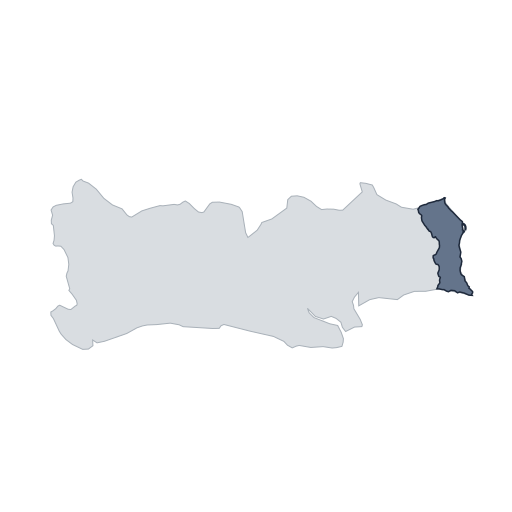 Portugal, with Faro highlighted, rotated 261°
{"feature_id": "PRT-745", "entity_name": "Faro", "entity_type": "District", "adm_level": 1, "iso_a3": "PRT", "parent_name": "Portugal", "parent_adm1": "", "projection": "mercator", "projection_center": [-8.165, 37.247], "detail": "fine", "context": "in_parent", "style": "filled", "palette": "slate", "viewbox_px": 512, "rotation_deg": 261, "n_neighbors": 0, "source": "natural_earth", "source_scale": "10m", "svg_char_len": 4713}
<svg xmlns="http://www.w3.org/2000/svg" viewBox="0 0 512 512"><g transform="rotate(261 256 256)"><path d="M197.3,60.9L203.2,55.2L209.1,51.4L212.3,50.0L225.9,46.1L229.5,44.2L232.8,44.6L233.4,46.4L235.3,50.0L237.5,52.5L238.1,54.4L232.8,62.1L232.1,64.8L234.9,69.7L235.3,71.2L236.7,71.9L240.3,71.7L246.9,68.5L251.3,65.8L252.8,66.9L265.7,65.4L268.7,66.6L270.7,68.0L277.0,69.8L283.9,70.0L292.4,67.4L296.2,64.8L296.9,61.9L297.1,59.7L298.2,58.3L300.1,57.5L303.1,59.0L307.5,60.1L317.9,60.6L319.9,59.0L323.4,59.4L328.1,61.5L333.5,60.8L336.2,63.3L337.3,66.6L337.6,73.8L337.2,81.0L338.3,83.6L341.9,84.3L347.8,84.3L353.0,86.2L357.1,89.6L358.5,93.1L359.1,95.5L357.1,96.9L354.2,102.0L347.0,108.7L336.8,114.7L328.9,122.2L323.5,131.1L316.8,134.9L314.7,137.0L313.9,139.4L318.4,150.3L319.7,158.7L320.8,169.0L320.1,171.9L319.8,183.2L318.7,186.5L319.0,189.2L320.6,192.1L321.4,194.8L318.3,198.3L312.6,202.4L308.5,206.0L307.3,209.3L307.6,211.4L314.7,218.5L315.9,221.3L315.0,228.3L310.9,239.7L307.1,246.7L306.4,247.3L302.0,249.3L280.7,249.4L275.6,250.9L276.3,252.3L281.3,261.2L286.5,265.9L288.2,267.0L290.1,277.4L298.5,293.9L306.7,296.2L309.5,300.3L309.0,306.1L306.5,312.5L301.5,318.9L295.5,323.5L291.6,328.0L291.3,333.3L290.1,340.0L288.2,345.2L287.7,348.8L302.7,371.0L311.0,369.9L312.1,370.5L310.6,375.8L307.9,382.0L304.8,383.1L297.7,385.0L290.9,393.0L285.5,402.6L281.4,407.3L277.6,418.6L278.1,423.6L279.9,431.2L283.8,450.9L278.2,451.8L256.8,464.6L250.1,464.6L237.7,459.0L215.7,457.2L208.6,455.5L199.7,459.2L192.8,459.1L187.3,463.8L183.3,462.5L187.8,451.9L194.9,430.9L194.6,418.1L196.3,406.9L194.4,395.8L190.8,388.8L195.7,370.8L195.1,361.5L190.7,349.7L204.1,351.5L200.0,346.8L195.9,343.9L191.9,344.6L188.6,344.4L177.1,349.0L171.4,350.3L169.7,349.5L170.4,342.2L167.4,332.7L172.0,330.2L177.3,329.5L181.8,325.4L184.6,320.9L183.2,312.8L187.1,305.1L196.3,298.6L191.6,299.6L186.1,303.6L177.5,318.3L174.6,325.8L167.3,328.2L160.7,329.4L157.3,328.6L153.3,326.7L152.9,321.2L153.2,316.8L156.0,308.1L157.1,295.8L160.9,284.7L160.7,281.8L159.6,277.4L163.0,273.1L167.3,270.2L173.8,260.7L182.9,237.9L193.4,213.6L192.6,210.6L190.3,208.3L191.2,201.8L197.6,173.0L200.1,169.3L203.1,160.8L203.8,147.1L204.9,137.7L204.7,132.9L203.7,127.2L199.7,116.3L195.5,93.1L195.1,85.4L198.6,81.5L192.9,80.9L190.3,75.9L190.9,70.2L197.3,60.9Z" fill="#d9dde1" stroke="#a8b0b8" stroke-width="1"/><path d="M276.9,423.2L277.4,424.0L277.9,424.5L279.0,425.4L279.4,425.9L279.8,427.4L280.2,429.3L280.4,431.1L280.2,432.0L281.3,434.4L281.8,440.7L282.4,443.3L282.0,444.5L282.3,446.3L283.2,449.8L283.4,450.2L283.6,450.5L283.7,450.8L284.1,450.9L284.1,451.4L283.7,452.0L282.6,451.2L281.3,450.9L279.8,450.8L278.5,450.9L277.1,451.5L274.5,453.3L273.5,453.6L269.8,456.1L269.3,456.7L259.8,463.3L257.7,465.2L256.8,465.2L255.8,464.7L254.4,464.4L250.6,464.4L249.5,464.0L248.9,464.9L248.3,464.8L247.5,464.3L246.8,464.0L247.5,464.9L247.7,465.4L247.8,466.1L246.3,464.0L244.1,462.1L239.6,459.6L237.0,459.0L235.0,458.1L232.9,458.2L227.8,458.9L225.6,458.2L223.2,457.3L221.4,458.2L218.6,458.5L215.9,457.5L215.7,457.6L212.4,455.8L209.7,455.3L206.7,455.5L205.8,455.8L205.0,456.3L203.0,458.5L199.1,458.5L198.4,458.7L196.7,459.8L195.9,460.1L194.9,460.2L193.5,460.6L192.1,461.8L190.8,461.3L189.7,462.5L189.2,462.9L188.5,463.1L187.3,464.2L186.6,464.4L185.6,464.1L185.0,463.4L184.3,463.0L183.3,463.4L183.8,461.2L184.1,460.1L184.4,459.6L186.9,455.7L187.8,453.5L188.6,451.6L188.1,449.3L189.2,448.2L190.7,446.7L191.6,443.2L191.1,441.8L190.6,440.5L191.6,438.5L193.4,436.5L193.7,434.6L194.8,432.0L195.3,429.5L196.1,430.0L197.3,430.8L198.3,431.0L199.3,431.9L199.8,432.5L200.4,433.1L200.9,433.4L203.5,433.5L205.1,434.2L205.5,434.6L206.1,434.7L206.5,434.4L206.8,434.0L207.1,433.5L207.6,433.3L210.1,432.9L210.8,433.0L213.2,434.5L214.2,434.9L216.9,435.3L218.0,434.9L219.1,434.4L219.4,433.7L219.5,433.1L219.9,432.5L220.2,432.3L222.6,431.4L224.0,431.1L224.7,431.1L225.3,431.2L225.9,430.8L227.0,430.7L228.6,431.1L229.0,432.1L229.2,433.2L229.4,433.7L230.1,434.6L231.1,435.0L235.5,438.4L237.5,438.9L238.8,438.9L241.2,439.2L241.8,439.2L242.8,438.8L244.2,437.6L246.4,436.4L246.9,436.3L246.9,435.9L246.4,435.2L246.2,434.9L246.3,434.4L246.6,433.9L247.4,433.3L249.5,433.0L250.3,433.0L252.1,432.6L252.9,432.1L253.2,431.6L253.3,431.1L254.4,430.4L255.4,430.3L255.5,429.8L255.9,429.6L256.4,429.4L257.5,428.8L257.9,428.8L258.3,428.5L258.7,428.3L259.8,427.5L264.8,425.4L268.1,425.4L268.4,425.6L269.3,425.8L269.7,426.0L270.3,425.9L271.0,425.4L272.2,424.2L273.5,423.5L275.3,423.5L276.9,423.2L276.9,423.2ZM249.1,466.6L252.4,467.1L253.6,466.6L255.1,465.0L255.3,465.3L255.4,465.5L255.5,466.1L255.2,466.4L255.1,466.6L254.0,467.4L252.4,467.8L250.6,467.7L249.1,467.2L249.1,466.6Z" fill="#64748b" stroke="#1e293b" stroke-width="1.5"/></g></svg>